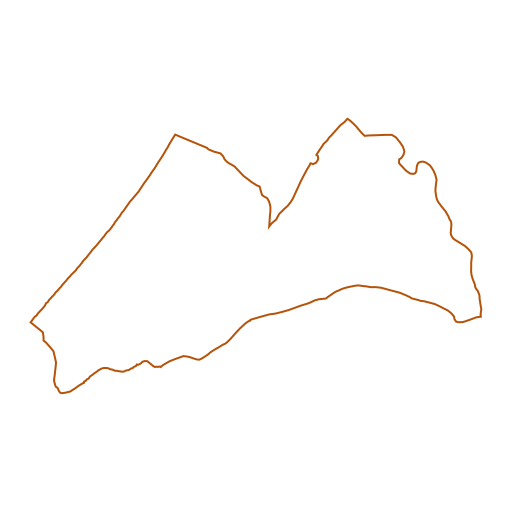 the district of Tivaoune, Thiès, Senegal
{"feature_id": "50182788B62483410284412", "entity_name": "Tivaoune", "entity_type": "district", "adm_level": 2, "iso_a3": "SEN", "parent_name": "Senegal", "parent_adm1": "Thiès", "projection": "albers", "projection_center": [-16.699, 15.086], "detail": "fine", "context": "isolated", "style": "outline", "palette": "amber", "viewbox_px": 512, "rotation_deg": 0, "n_neighbors": 0, "source": "geoboundaries", "source_scale": "gbopen_adm2", "svg_char_len": 5952}
<svg xmlns="http://www.w3.org/2000/svg" viewBox="0 0 512 512"><path d="M380.0,287.6L380.9,287.7L385.5,288.9L390.5,290.3L398.3,292.3L400.7,293.1L406.2,295.4L410.2,297.3L411.7,298.4L417.8,299.9L420.8,300.9L423.9,301.2L430.9,303.0L434.9,304.1L439.2,306.1L444.8,309.0L447.7,310.4L451.0,313.0L454.0,316.5L454.5,319.2L456.1,321.6L458.4,322.2L462.9,322.1L468.9,320.1L473.5,318.4L476.1,317.4L480.3,316.7L480.9,316.7L480.6,314.7L480.9,311.7L481.2,310.3L481.3,309.1L480.7,305.9L479.6,298.9L479.6,297.2L479.3,294.8L478.5,292.8L477.8,290.9L476.3,289.1L475.3,287.3L474.8,284.3L472.8,279.4L471.6,275.3L471.1,271.7L471.2,267.0L471.2,262.7L471.9,256.0L471.3,252.5L469.9,250.7L467.6,248.3L464.8,245.9L462.9,244.7L457.9,241.6L455.3,240.1L454.2,239.2L453.1,238.4L451.8,236.4L451.0,234.8L450.7,232.8L451.0,230.0L451.2,226.9L451.4,225.3L451.2,222.2L450.4,220.4L449.6,219.4L448.4,216.2L447.6,215.0L446.7,213.4L445.4,211.1L443.9,209.4L441.5,206.4L439.6,203.9L437.9,201.5L436.7,198.7L436.2,196.4L435.8,193.8L435.4,191.0L435.6,187.6L435.8,185.8L436.2,182.4L436.6,180.0L435.9,177.1L435.2,174.6L433.5,170.7L431.9,168.1L429.9,165.3L425.6,162.4L423.0,161.6L420.1,161.9L418.2,163.0L416.9,165.8L416.4,170.7L415.7,172.6L414.8,173.5L413.0,173.9L410.1,173.5L408.8,172.6L406.7,171.2L404.7,169.3L402.3,166.7L400.7,165.1L399.0,163.0L399.2,159.4L401.4,157.9L403.3,155.2L404.4,151.7L403.7,149.0L402.8,146.5L400.1,142.5L398.0,139.9L396.1,137.5L391.9,134.9L384.3,134.9L374.3,135.3L370.1,135.4L364.6,135.8L361.7,133.0L358.4,129.2L356.8,127.1L354.5,124.7L351.6,122.0L349.7,120.3L347.5,118.8L347.0,119.2L346.6,119.7L345.1,121.4L344.5,122.0L342.5,123.6L340.5,125.1L334.1,132.3L331.7,135.0L329.0,137.7L327.3,140.4L325.5,142.1L323.4,144.1L322.3,146.0L320.9,148.0L319.0,150.8L317.9,152.5L316.4,154.9L317.9,156.1L318.2,158.7L317.8,159.8L317.4,160.8L315.9,162.8L313.1,164.1L310.5,163.3L309.5,165.4L306.9,169.6L304.0,175.1L300.9,181.0L297.5,188.5L294.9,194.1L292.9,198.5L290.8,201.9L287.7,205.9L284.7,208.5L281.8,211.4L279.3,213.8L277.6,216.8L276.2,219.5L271.6,223.4L269.2,226.5L270.0,214.9L270.4,211.3L270.4,206.7L269.2,201.8L267.5,198.7L266.9,198.0L263.7,196.3L262.0,194.9L261.5,193.3L259.6,186.5L257.0,185.5L251.6,182.1L247.0,178.5L244.3,176.5L243.3,175.7L234.7,166.6L232.5,165.2L229.2,163.4L226.8,161.7L224.6,159.3L223.1,156.2L220.5,153.4L214.1,151.7L208.5,149.4L206.9,147.8L198.9,144.5L191.0,141.2L183.0,137.9L175.2,134.6L172.2,139.4L169.4,144.0L167.6,147.5L165.9,150.0L164.7,152.4L163.0,155.1L160.3,159.3L158.7,161.6L156.8,164.7L154.8,168.0L153.0,170.5L151.8,172.2L149.6,175.6L148.7,176.8L146.5,180.0L144.1,183.2L142.2,186.1L140.8,188.2L138.5,191.7L136.3,194.3L134.1,196.8L132.1,199.3L129.8,201.8L128.6,203.6L125.7,207.7L123.7,210.6L123.1,211.4L122.0,212.4L119.3,216.9L118.4,217.7L116.5,220.4L115.0,222.2L113.6,224.7L112.8,225.5L111.7,227.3L110.5,228.8L109.3,230.3L107.0,232.3L105.5,234.2L103.8,236.7L102.8,237.7L100.4,240.7L97.1,244.7L95.6,246.4L92.5,249.7L90.6,252.2L88.0,255.5L86.4,257.6L83.8,260.2L83.5,260.6L82.6,261.6L82.0,262.8L81.1,263.8L80.4,264.7L79.6,265.8L78.6,266.8L77.8,267.6L77.2,268.4L76.1,269.7L75.7,270.5L74.7,271.4L73.7,272.4L72.8,273.3L71.6,274.4L70.8,275.3L70.1,276.2L69.3,277.1L68.5,277.7L67.5,279.0L66.7,280.0L65.9,281.0L65.3,281.6L64.6,282.4L63.6,283.5L62.7,284.4L62.0,285.5L61.9,285.5L61.4,286.2L60.9,286.9L60.0,287.7L59.3,288.6L58.4,289.6L57.7,290.5L56.8,291.4L55.8,292.2L55.2,293.1L54.5,294.1L53.9,294.8L53.2,295.6L52.7,296.1L51.9,296.9L51.2,297.7L50.5,298.5L49.8,299.2L49.0,300.0L48.6,300.8L48.2,301.4L47.7,302.1L46.9,302.7L46.3,303.0L45.7,303.8L45.4,304.6L45.0,305.5L44.2,306.5L43.8,307.0L43.3,307.7L42.5,308.4L42.1,309.1L41.2,309.9L40.6,310.6L40.1,311.0L39.6,311.8L38.9,312.3L38.1,313.2L37.8,313.7L37.3,314.3L37.1,314.8L36.8,315.2L36.3,315.7L35.5,316.3L34.6,316.9L33.9,317.9L33.3,318.7L32.6,319.7L32.1,320.4L31.6,321.0L31.1,321.7L30.8,322.3L30.7,322.4L34.9,325.8L40.1,330.0L42.9,332.4L43.5,336.7L43.5,337.1L43.6,340.6L46.0,342.5L49.8,346.8L53.5,351.3L56.0,362.3L55.8,365.4L55.2,370.4L54.8,374.3L54.4,377.4L54.0,380.0L54.4,382.3L54.7,383.2L55.1,384.7L55.5,386.0L56.1,387.0L57.5,387.8L59.1,391.3L60.0,392.5L61.3,393.2L63.9,392.9L65.5,392.7L67.4,392.2L68.4,391.9L70.1,391.6L71.3,390.8L73.0,389.7L75.4,388.2L78.1,386.1L83.0,383.1L83.3,383.2L83.9,382.9L84.1,381.6L84.6,381.2L85.5,381.0L85.9,380.7L86.6,379.5L87.7,379.0L88.8,378.5L89.5,377.1L90.5,376.1L91.7,375.3L92.9,374.5L94.1,373.5L95.6,372.4L96.9,371.6L98.0,370.6L99.4,369.8L100.3,369.3L101.5,368.6L102.5,368.3L103.7,368.0L105.7,368.0L107.4,368.1L109.0,368.5L109.9,369.2L111.2,369.4L112.8,369.7L114.1,370.4L115.3,370.8L117.2,370.8L118.7,371.2L120.2,371.3L121.7,371.7L122.8,371.7L124.4,371.4L125.6,370.6L126.9,370.4L128.2,370.1L129.6,369.6L130.4,369.0L131.2,368.4L132.6,368.2L133.3,367.3L134.3,366.7L135.5,366.2L136.2,365.8L136.8,364.5L138.1,364.8L138.8,364.5L139.6,364.1L140.1,363.8L141.3,363.1L141.6,362.5L142.3,361.8L143.4,361.5L144.8,361.0L145.7,361.2L147.1,361.1L147.7,361.5L148.3,362.0L149.0,362.6L150.0,363.4L150.9,364.2L151.7,364.7L152.6,365.7L153.4,366.1L154.0,366.6L155.0,367.0L155.8,366.8L156.6,366.7L157.4,366.9L158.0,366.8L159.5,366.6L160.6,367.0L160.6,366.8L164.1,364.4L169.1,361.5L172.7,360.0L176.9,358.4L181.0,357.0L183.4,356.1L185.0,356.3L186.9,356.5L189.4,357.0L193.2,358.3L196.2,359.3L199.0,359.7L200.9,359.0L203.2,357.6L205.0,356.5L208.6,354.0L210.3,352.4L211.1,351.9L212.7,350.8L215.0,349.4L219.2,347.0L222.7,344.8L225.6,343.5L228.5,340.9L230.3,339.1L232.7,336.4L234.5,334.3L240.0,328.4L245.3,323.5L248.6,321.2L250.2,320.6L250.4,319.8L250.7,319.7L255.7,318.2L261.7,316.5L269.7,314.3L275.4,313.6L282.5,311.8L288.5,310.1L295.2,307.7L300.0,305.9L307.8,303.5L309.1,303.0L315.0,300.3L319.1,299.2L323.4,298.8L326.0,298.5L327.5,297.2L331.0,294.8L334.2,292.6L335.8,291.7L336.5,291.3L338.5,290.6L340.7,289.5L343.8,288.3L347.1,287.4L349.7,286.8L352.7,286.2L355.4,285.7L358.7,285.4L362.6,286.0L366.4,286.4L371.0,287.2L375.0,287.1L377.5,287.3L380.0,287.6Z" fill="none" stroke="#b45309" stroke-width="2"/></svg>